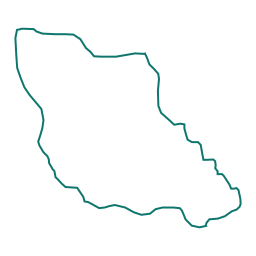 the border of Central Bosnia
{"feature_id": "BIH-2226", "entity_name": "Central Bosnia", "entity_type": "Canton", "adm_level": 1, "iso_a3": "BIH", "parent_name": "Bosnia and Herzegovina", "parent_adm1": "", "projection": "equal_earth", "projection_center": [17.688, 44.116], "detail": "fine", "context": "isolated", "style": "outline", "palette": "teal", "viewbox_px": 256, "rotation_deg": 0, "n_neighbors": 0, "source": "natural_earth", "source_scale": "10m", "svg_char_len": 1423}
<svg xmlns="http://www.w3.org/2000/svg" viewBox="0 0 256 256"><path d="M38.2,141.7L40.4,134.9L42.3,128.3L43.5,120.1L41.4,109.0L29.7,95.1L24.4,87.3L20.6,77.8L17.2,68.0L16.3,55.3L15.4,38.1L17.0,29.9L22.3,28.7L33.7,29.1L36.5,31.5L42.5,33.6L55.1,34.2L65.5,34.2L73.4,34.6L80.3,39.1L86.0,48.1L90.4,51.8L94.1,56.3L102.0,56.7L115.9,56.7L135.1,53.4L144.6,53.9L145.0,53.6L147.0,57.8L149.4,64.4L153.6,68.5L158.2,73.7L159.0,78.9L157.9,91.1L158.4,106.0L161.1,112.9L168.6,119.5L174.2,124.7L180.6,123.7L184.4,124.4L184.4,128.5L186.2,135.1L187.6,139.7L191.9,142.1L195.6,142.1L198.0,142.1L200.7,144.9L201.8,151.1L203.4,159.8L206.9,159.8L213.3,159.5L215.1,161.2L215.7,165.4L215.2,168.2L217.6,171.3L217.6,174.1L220.2,174.1L222.1,174.1L224.0,176.2L229.4,184.5L231.2,188.7L233.9,188.7L236.5,188.1L238.5,190.1L240.4,199.1L240.6,204.0L239.6,206.8L236.6,209.6L231.8,211.3L224.9,216.2L217.9,218.6L209.4,219.3L206.7,222.5L205.6,225.9L205.7,226.0L199.5,227.3L192.5,225.8L191.7,225.6L185.5,219.3L184.5,216.7L182.1,211.0L181.3,209.9L179.9,208.2L173.2,207.5L162.5,207.5L155.6,209.2L151.6,212.4L150.0,213.7L141.4,214.8L133.9,212.3L125.1,207.5L114.9,205.0L109.3,206.1L104.8,207.5L99.1,208.1L93.0,204.7L88.4,202.2L84.5,201.4L83.3,196.9L77.2,187.8L71.0,187.4L65.5,187.0L61.7,183.6L57.9,179.4L55.5,177.1L54.4,171.1L52.3,168.8L51.8,167.6L49.1,163.1L48.8,159.3L47.4,156.2L43.3,152.0L39.5,145.6L38.2,141.7Z" fill="none" stroke="#0f766e" stroke-width="2"/></svg>